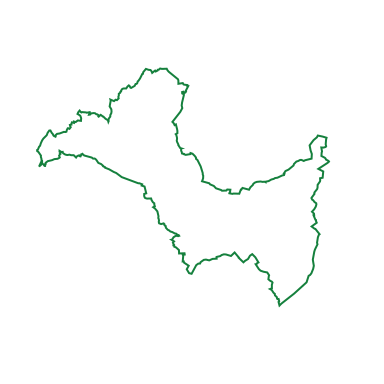 outline of Feliceni, Harghita, Romania, rotated 347°
{"feature_id": "2599482B81042464195170", "entity_name": "Feliceni", "entity_type": "district", "adm_level": 2, "iso_a3": "ROU", "parent_name": "Romania", "parent_adm1": "Harghita", "projection": "mercator", "projection_center": [25.253, 46.284], "detail": "fine", "context": "isolated", "style": "outline", "palette": "green", "viewbox_px": 384, "rotation_deg": 347, "n_neighbors": 0, "source": "geoboundaries", "source_scale": "gbopen_adm2", "svg_char_len": 5964}
<svg xmlns="http://www.w3.org/2000/svg" viewBox="0 0 384 384"><g transform="rotate(347 192 192)"><path d="M251.7,322.3L253.9,320.9L268.6,314.0L283.3,305.8L286.8,299.9L288.4,299.4L290.0,298.1L292.8,294.1L294.1,291.3L294.5,285.1L297.7,277.7L298.8,275.8L302.5,271.2L302.4,269.6L304.5,264.4L306.0,262.2L306.8,261.8L303.9,255.7L303.2,255.4L300.8,252.5L306.6,250.0L306.3,248.4L306.5,247.2L306.0,246.8L305.2,242.1L305.8,242.2L306.0,240.5L304.5,238.2L307.2,236.3L309.3,234.1L310.4,232.1L310.5,230.9L309.1,229.3L308.2,227.2L307.5,226.7L307.0,225.1L307.1,224.6L310.9,221.4L310.8,220.8L311.3,219.9L314.6,217.3L315.3,216.0L316.0,213.3L319.1,210.5L319.5,209.6L319.9,207.4L322.5,207.5L324.5,201.5L320.3,197.9L330.7,194.1L332.3,193.2L332.0,192.4L329.8,190.5L329.7,189.5L329.1,188.5L326.2,186.0L327.2,182.8L327.8,181.8L328.0,177.7L330.1,178.3L332.3,178.2L333.0,177.6L333.0,175.6L334.4,171.2L335.3,169.4L331.8,167.4L327.3,165.3L326.0,166.8L322.1,168.8L317.1,173.0L316.9,178.2L317.3,181.9L316.0,186.4L309.3,186.5L307.9,186.9L305.9,185.4L304.5,185.1L302.4,185.7L300.6,185.8L297.6,187.7L296.9,189.0L291.1,191.9L287.8,192.6L285.7,194.6L286.2,195.0L285.5,196.2L283.5,196.2L278.4,197.3L276.1,197.1L274.6,197.6L272.1,197.7L269.1,198.6L266.0,198.5L265.9,199.0L265.0,198.3L263.0,198.0L261.2,197.2L257.4,196.7L255.3,197.0L253.5,197.9L252.9,198.8L249.9,200.6L248.1,202.6L242.1,199.4L240.5,200.9L240.1,200.7L237.7,204.3L232.3,202.9L231.0,202.9L228.4,201.8L228.6,201.5L228.3,201.3L229.2,200.2L229.9,198.4L226.9,197.5L225.8,198.3L221.5,197.5L220.8,196.6L216.2,193.8L214.6,191.0L211.3,188.6L210.8,187.4L204.2,183.8L205.9,181.2L206.6,178.6L206.4,177.5L206.7,175.9L206.2,169.0L204.5,162.0L203.4,160.6L203.6,159.3L202.7,157.3L201.1,154.8L199.3,153.7L198.9,154.7L194.2,154.4L192.5,153.3L192.6,153.0L190.9,152.2L191.0,150.6L190.7,149.4L191.2,147.1L191.4,147.1L190.4,146.5L189.2,143.2L189.4,142.8L188.7,139.6L188.7,138.5L189.4,136.8L189.6,135.4L189.5,132.6L189.2,132.0L191.0,131.4L191.5,129.2L191.6,127.2L191.5,122.5L190.1,122.9L189.7,121.0L188.7,119.3L198.6,111.3L201.4,108.1L201.4,105.4L202.5,102.5L206.0,95.5L205.5,94.1L204.8,94.0L204.6,93.3L205.1,92.8L205.0,92.4L206.1,92.3L206.4,93.0L205.8,93.4L206.0,94.1L208.1,93.5L208.8,92.6L208.5,92.2L212.2,87.9L211.1,87.3L211.4,86.7L208.4,85.6L207.9,85.2L207.5,83.8L203.1,83.5L203.8,80.3L203.7,79.0L196.4,69.6L195.5,67.9L195.1,66.2L190.4,65.3L188.7,64.5L187.3,65.3L186.1,65.2L185.8,65.9L183.8,66.4L183.5,65.4L183.2,65.4L180.0,67.0L179.6,64.9L179.0,63.8L177.2,63.2L174.8,61.7L171.4,64.3L170.8,65.8L170.1,65.8L166.9,69.7L164.7,71.7L164.0,72.0L163.0,73.8L162.0,74.2L161.3,74.1L160.0,75.7L156.1,76.9L155.5,76.5L155.0,74.6L154.4,73.9L152.9,74.7L151.2,76.3L148.3,75.7L146.9,76.1L145.5,77.6L145.5,78.1L144.7,78.3L144.3,79.2L142.8,79.8L142.4,81.5L141.6,82.8L141.6,84.3L139.5,85.6L138.3,84.9L136.5,85.9L133.3,83.6L133.3,84.8L131.0,90.1L132.0,93.3L131.7,95.5L131.0,97.2L129.8,98.5L129.3,100.2L127.5,101.7L126.7,103.3L126.8,104.1L126.3,104.8L126.2,103.1L124.2,101.2L122.6,98.6L122.3,98.6L120.4,96.3L118.0,97.6L117.7,97.2L118.1,96.0L117.1,95.0L116.3,94.8L115.3,93.5L114.1,93.0L111.4,92.7L110.2,93.6L109.0,93.5L110.3,91.6L110.3,91.2L107.3,91.1L106.6,90.6L102.8,89.4L102.1,89.6L101.4,88.8L100.8,87.4L99.1,88.7L98.0,90.2L99.8,91.9L100.4,92.9L100.6,95.2L99.8,97.7L96.8,96.6L94.4,97.7L92.8,96.8L92.5,98.1L90.7,97.1L89.7,98.6L89.7,99.2L88.1,99.2L88.1,100.5L88.4,101.6L86.8,102.9L85.5,101.9L85.2,102.0L84.0,103.4L83.2,105.0L82.2,105.1L80.7,104.6L76.2,105.2L73.6,105.0L71.9,105.9L71.8,106.9L71.5,107.3L71.1,106.8L70.5,106.8L69.7,105.8L69.4,104.2L68.6,102.8L67.9,100.2L66.8,100.0L64.7,101.8L63.2,104.0L59.2,106.5L57.6,108.0L55.6,110.6L54.4,112.7L53.1,113.6L51.4,116.0L50.5,116.3L50.4,117.4L51.3,118.3L53.0,122.6L52.6,123.8L52.8,125.4L52.4,128.0L48.7,132.8L51.0,131.6L52.5,130.0L52.4,130.5L53.3,131.5L54.2,133.4L54.6,133.5L54.7,132.1L55.5,132.2L55.7,131.7L55.4,131.5L56.0,130.6L58.4,129.5L62.8,129.5L65.3,129.0L68.5,129.4L70.3,128.9L70.9,128.6L70.7,126.7L71.5,126.0L71.7,125.2L72.4,125.2L72.5,124.2L72.3,123.1L72.0,122.9L72.2,122.1L73.8,123.7L75.0,123.8L74.9,124.7L75.5,125.6L76.9,127.0L78.7,127.9L81.1,128.1L82.4,128.9L85.0,129.5L86.8,132.3L87.6,131.5L89.5,130.9L90.5,131.0L90.6,131.8L91.4,132.2L92.6,130.5L92.9,130.8L93.8,130.2L95.2,132.2L102.1,135.9L103.1,137.2L104.7,137.5L105.3,138.1L106.0,139.2L107.3,142.6L109.7,144.3L111.3,146.5L111.1,146.8L111.3,147.1L112.9,148.3L112.8,148.8L116.3,151.2L120.3,154.9L122.4,156.4L126.9,161.7L141.6,171.4L142.6,171.6L145.2,173.3L144.4,174.4L147.0,176.0L147.1,183.0L145.0,183.1L144.5,185.1L144.7,186.8L145.1,187.4L146.7,188.3L150.7,189.1L150.8,190.8L151.6,193.2L152.7,194.5L152.4,196.2L152.6,197.5L150.8,198.1L152.2,199.7L153.9,203.1L153.9,208.0L153.3,209.8L153.5,210.7L153.4,212.5L152.9,213.6L152.9,215.1L154.7,216.3L157.3,216.2L157.9,217.2L157.6,217.7L158.4,219.3L158.7,219.4L158.5,220.9L159.9,223.4L160.9,224.1L162.0,225.6L163.8,226.6L166.0,228.6L167.0,228.9L168.4,230.6L169.3,231.0L169.6,231.8L168.5,231.9L167.9,231.4L166.2,231.1L163.9,231.9L161.9,233.9L161.3,233.9L163.4,236.1L162.0,237.0L162.3,238.7L162.0,239.5L162.4,239.5L162.8,238.9L162.4,241.3L163.9,242.3L166.2,245.6L165.6,249.0L170.9,250.0L170.8,251.3L168.9,251.1L169.1,252.2L167.3,257.6L168.3,257.7L168.4,259.1L172.2,263.1L169.5,266.1L170.9,270.4L173.2,271.6L179.7,264.2L182.0,263.2L183.8,263.5L184.6,262.3L188.2,260.8L190.4,261.0L193.4,262.5L197.0,261.8L201.0,262.5L201.1,261.3L201.3,260.8L205.1,260.8L206.7,260.1L209.0,259.9L211.0,260.5L215.6,263.1L219.9,260.5L222.9,266.4L222.7,266.6L226.3,272.1L228.2,271.0L231.5,269.9L234.2,267.1L236.7,266.1L239.0,269.8L240.9,275.6L239.4,276.0L238.8,276.7L237.8,276.7L239.8,282.2L241.1,284.1L243.8,285.8L247.2,287.3L248.4,290.5L247.9,291.3L246.8,294.2L248.0,295.9L249.6,297.3L250.1,298.3L248.9,300.5L248.2,303.8L246.2,304.1L247.6,305.4L248.8,308.6L249.8,309.9L249.6,310.5L249.6,311.4L251.0,313.5L250.9,315.1L251.3,315.6L252.3,315.7L252.4,317.9L252.3,318.3L251.6,318.6L251.7,322.3Z" fill="none" stroke="#15803d" stroke-width="2"/></g></svg>